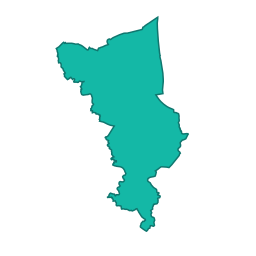 outline of Tha Wung, Lop Buri, Thailand, rotated 351°
{"feature_id": "78962969B60837596961225", "entity_name": "Tha Wung", "entity_type": "district", "adm_level": 2, "iso_a3": "THA", "parent_name": "Thailand", "parent_adm1": "Lop Buri", "projection": "mercator", "projection_center": [100.49, 14.806], "detail": "fine", "context": "isolated", "style": "filled", "palette": "teal", "viewbox_px": 256, "rotation_deg": 351, "n_neighbors": 0, "source": "geoboundaries", "source_scale": "gbopen_adm2", "svg_char_len": 5895}
<svg xmlns="http://www.w3.org/2000/svg" viewBox="0 0 256 256"><g transform="rotate(351 128 128)"><path d="M69.6,38.3L70.1,39.8L70.1,41.5L70.4,42.9L70.3,44.7L69.9,44.8L69.5,46.2L70.1,46.4L70.0,47.0L70.2,47.6L70.3,48.7L69.9,50.3L69.6,50.7L69.8,51.2L69.7,51.8L69.7,52.8L71.1,52.9L71.4,53.1L71.7,53.6L71.9,55.1L71.5,56.8L71.7,57.7L72.7,58.6L73.0,59.0L73.2,60.7L74.6,63.9L73.2,64.6L73.7,65.4L73.5,66.4L73.3,66.8L73.7,67.6L75.8,70.7L76.8,70.4L77.6,69.8L78.1,69.9L78.3,69.4L78.9,69.3L79.5,69.0L80.8,71.3L81.8,70.8L82.6,71.0L82.9,71.4L82.9,71.9L82.2,73.2L81.7,73.3L81.8,74.2L83.0,74.5L83.9,74.5L85.5,75.1L86.2,75.0L87.2,74.2L87.8,74.1L89.1,75.0L91.7,75.2L91.6,75.4L90.0,75.5L88.6,79.0L87.5,79.7L88.3,81.4L88.4,82.3L88.3,82.5L87.6,82.5L87.6,83.2L87.1,84.4L87.1,85.1L87.3,86.6L87.6,87.7L88.8,88.5L93.0,88.6L93.7,88.7L95.6,88.3L96.4,88.6L97.1,89.8L97.2,91.0L97.4,91.8L97.5,93.0L96.8,95.6L96.6,97.4L96.7,97.7L97.0,98.0L97.7,99.1L96.2,100.6L95.9,100.6L95.3,102.3L94.5,103.2L94.3,103.2L94.2,103.9L94.4,104.0L94.0,105.0L95.1,105.3L95.2,105.5L95.5,105.5L95.2,106.5L95.2,107.4L96.2,107.1L98.4,107.9L98.4,108.3L98.6,108.4L98.7,109.2L100.5,109.5L100.7,109.9L101.4,110.1L102.1,110.6L101.8,111.0L102.2,111.3L102.0,111.7L102.4,112.0L102.1,112.5L101.8,113.2L101.7,113.2L101.6,114.2L101.0,114.9L101.5,115.9L101.0,116.8L104.8,118.4L108.3,120.9L110.8,122.4L114.7,123.9L107.6,132.1L106.4,133.1L105.6,133.3L104.7,133.3L104.1,133.7L104.0,134.0L104.7,134.7L104.7,135.7L104.9,136.0L105.4,136.5L105.9,136.7L106.8,137.4L106.2,138.3L106.1,138.7L106.6,139.8L106.9,140.1L106.9,140.4L106.1,140.8L105.5,140.9L105.1,141.4L105.0,142.0L105.3,142.7L106.1,143.0L106.2,143.6L106.8,144.1L106.8,144.5L106.4,145.1L106.4,145.4L107.6,146.4L108.3,147.2L108.0,148.4L108.2,150.1L107.9,150.7L107.8,151.5L108.8,153.4L109.5,154.3L108.3,154.5L108.0,154.8L107.0,155.1L106.4,155.7L106.5,156.3L107.0,156.8L108.0,156.4L108.5,156.4L108.7,156.9L109.2,157.0L109.2,157.6L109.3,157.9L111.3,158.5L111.3,159.2L111.2,159.6L110.5,159.4L108.6,159.6L108.5,160.8L107.6,161.1L107.2,162.1L108.6,163.1L109.6,163.5L110.7,164.0L114.4,165.1L116.0,166.1L117.0,167.2L117.8,168.8L118.3,171.1L118.8,172.6L117.8,174.0L117.5,174.2L116.5,174.1L115.6,174.7L115.1,175.2L115.1,175.7L115.6,177.6L116.0,177.8L116.3,178.3L116.3,179.1L116.1,179.5L115.2,180.2L114.7,180.4L113.6,180.3L111.9,179.7L111.6,179.8L110.9,180.2L110.5,181.1L110.4,181.8L110.5,182.6L111.1,183.5L111.0,184.1L110.2,184.7L108.5,185.2L108.0,185.7L107.8,186.2L107.9,187.0L108.9,188.5L109.3,191.1L109.2,191.7L108.8,192.3L108.1,192.5L106.6,192.1L106.1,192.1L105.7,192.3L105.3,192.9L104.8,193.0L104.5,192.4L104.5,191.8L104.2,191.2L102.7,190.8L100.7,189.7L100.4,189.6L99.8,190.0L98.9,191.0L98.5,192.1L97.1,193.1L96.4,193.4L97.5,193.4L99.8,193.8L100.8,193.7L100.9,194.2L101.5,194.3L101.6,194.7L101.4,195.1L101.4,195.3L101.6,195.6L102.0,195.8L102.2,196.4L101.9,197.9L103.9,197.9L104.1,198.9L104.8,199.9L104.6,201.1L104.3,202.1L104.4,202.6L104.7,203.0L105.0,203.1L106.7,203.2L107.7,203.6L108.7,203.8L108.9,204.3L108.9,206.8L109.2,207.2L109.4,207.2L110.1,206.9L111.5,207.4L112.5,207.9L113.8,208.0L115.5,208.9L116.3,209.7L117.0,209.9L118.5,209.9L119.0,210.5L119.3,210.6L122.0,209.9L123.4,209.1L124.2,209.1L124.4,210.4L125.0,210.9L125.3,212.4L127.7,217.9L129.8,220.2L130.7,220.8L130.8,221.3L130.8,221.7L130.2,222.0L129.4,222.7L129.1,222.8L128.3,222.4L126.2,224.1L126.0,224.4L125.7,225.5L124.9,226.7L124.8,227.6L124.9,227.9L127.0,230.1L129.4,232.3L130.2,232.8L131.3,232.0L132.5,230.5L133.9,230.3L134.1,229.5L134.5,228.8L134.8,228.0L136.1,228.2L137.6,229.0L138.2,228.9L138.9,228.3L138.8,225.2L139.2,224.5L139.5,223.8L139.9,223.4L139.9,222.0L139.6,220.6L138.9,220.1L138.3,220.0L137.2,218.7L137.2,216.5L137.9,215.9L138.2,215.4L137.5,213.1L139.7,211.9L139.7,210.7L140.0,209.8L140.6,209.1L141.0,208.3L141.0,208.0L141.2,207.7L141.6,207.5L141.9,207.2L142.4,207.6L143.1,207.3L144.3,207.4L145.0,207.2L145.4,206.5L145.9,206.2L146.4,203.9L146.3,202.2L146.8,201.9L148.3,201.8L149.0,200.9L149.0,200.2L148.8,199.8L147.2,199.1L146.8,198.6L146.9,198.2L148.0,197.7L148.4,197.1L148.1,196.6L147.0,196.4L146.5,196.0L146.5,195.5L146.6,193.6L146.4,193.0L143.9,190.7L142.2,188.0L141.3,185.6L139.7,184.1L139.2,183.4L139.2,182.6L139.9,181.0L141.9,180.2L142.7,180.1L146.1,180.0L147.4,179.7L148.2,178.0L149.0,176.0L148.9,175.5L148.3,174.7L150.9,173.5L153.5,172.0L154.4,171.6L155.3,171.6L157.2,172.0L160.2,172.7L162.3,173.5L165.5,171.1L174.1,163.3L175.1,161.4L175.7,161.1L175.4,160.0L174.3,158.6L174.0,158.0L174.0,156.9L174.5,156.1L176.5,154.8L176.9,154.4L177.3,153.1L177.2,151.4L177.2,150.8L177.4,150.4L179.8,148.4L181.0,148.4L183.4,147.7L186.0,144.0L186.5,143.5L186.3,143.0L184.8,142.7L182.0,142.6L180.6,142.1L180.1,141.4L180.3,140.3L180.0,139.1L179.5,139.1L179.5,137.3L179.3,137.2L179.3,136.5L179.1,136.5L179.1,135.8L178.7,135.0L179.1,133.0L178.6,130.7L178.7,130.3L179.5,129.3L179.8,128.5L179.9,126.0L180.3,124.2L180.3,123.5L180.1,122.9L180.3,122.4L180.2,122.0L179.4,121.2L178.8,121.1L177.9,120.3L176.5,120.0L175.9,119.5L175.7,119.4L175.9,117.1L175.2,116.5L171.6,114.3L169.8,112.9L166.9,110.0L164.6,107.1L163.2,104.9L161.6,101.7L160.7,99.6L167.9,99.5L168.0,95.9L170.1,87.6L170.4,85.5L171.0,79.3L171.0,66.7L170.7,63.5L170.7,62.0L171.1,61.6L170.9,61.0L171.0,60.0L170.9,59.3L171.5,47.0L172.6,34.5L173.3,29.0L174.5,24.5L174.7,23.2L161.1,29.5L159.3,30.7L158.5,30.8L157.7,32.5L157.3,32.9L142.3,34.2L139.3,33.8L138.6,33.8L134.2,34.6L128.3,36.2L126.8,36.7L124.7,37.9L123.8,37.2L122.5,37.3L121.4,38.0L120.9,39.1L120.9,40.1L121.0,40.9L121.6,42.5L118.6,43.0L115.2,44.0L114.1,44.0L113.0,44.4L111.6,44.5L111.2,44.9L110.1,46.8L106.3,44.8L105.3,43.9L104.2,43.7L103.3,43.4L102.5,42.3L101.8,43.1L101.1,44.4L100.7,44.6L100.3,44.6L99.5,44.1L99.0,43.4L95.8,40.0L94.5,38.9L92.7,37.9L92.0,37.2L89.4,37.0L87.6,36.2L85.6,35.5L83.2,35.1L80.0,34.7L79.8,34.6L79.5,33.9L78.5,34.4L77.9,33.3L76.7,33.9L72.5,37.0L69.6,38.3Z" fill="#14b8a6" stroke="#0f766e" stroke-width="1.5"/></g></svg>